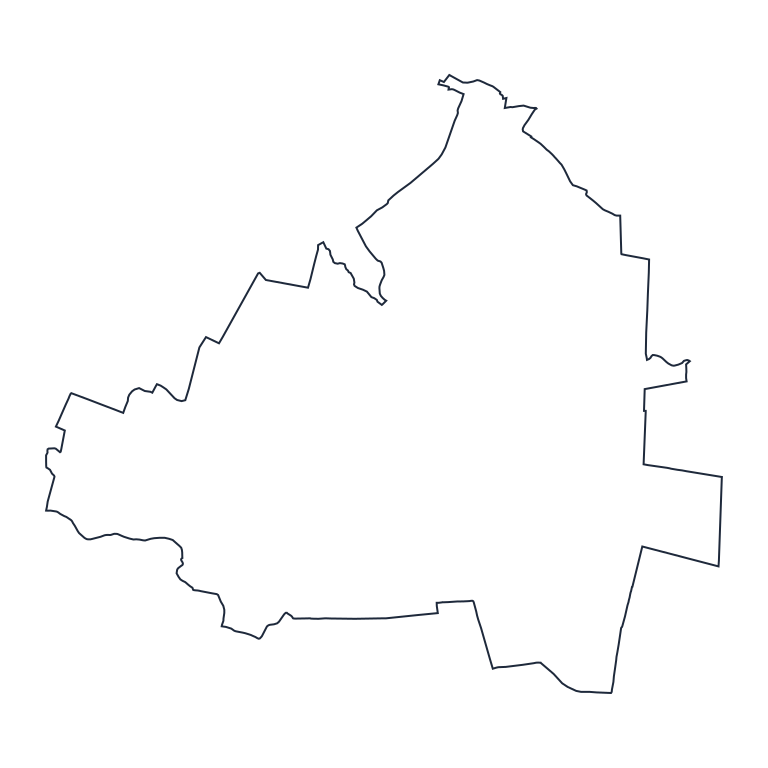 Gaesti, Dâmbovita, Romania (Equal Earth projection)
{"feature_id": "2599482B24662006663343", "entity_name": "Gaesti", "entity_type": "district", "adm_level": 2, "iso_a3": "ROU", "parent_name": "Romania", "parent_adm1": "Dâmbovita", "projection": "equal_earth", "projection_center": [25.308, 44.722], "detail": "fine", "context": "isolated", "style": "outline", "palette": "slate", "viewbox_px": 768, "rotation_deg": 0, "n_neighbors": 0, "source": "geoboundaries", "source_scale": "gbopen_adm2", "svg_char_len": 6018}
<svg xmlns="http://www.w3.org/2000/svg" viewBox="0 0 768 768"><path d="M718.5,566.4L718.9,560.6L721.8,478.0L721.9,477.0L686.3,471.2L682.1,470.4L677.5,469.8L671.0,468.7L669.6,468.3L666.9,467.8L647.9,465.1L643.6,464.3L645.7,412.2L645.7,410.9L644.0,410.9L644.7,389.1L686.6,381.4L686.1,378.1L686.1,374.6L686.4,372.0L686.3,368.2L686.1,364.4L689.8,361.2L688.8,360.5L687.1,360.0L685.4,360.4L683.9,360.9L682.1,363.0L678.4,364.6L674.6,365.6L673.4,365.7L671.6,365.3L668.3,363.5L666.4,362.0L662.7,358.5L661.3,357.4L660.0,356.7L657.2,355.7L654.3,355.1L652.8,355.0L651.5,356.1L650.5,357.8L649.1,359.0L647.0,359.9L646.7,357.9L645.8,353.7L646.2,332.6L647.3,310.4L647.9,293.5L648.8,272.7L649.1,259.5L643.1,258.3L625.8,255.1L621.5,254.2L621.3,253.6L620.2,215.6L616.6,215.6L614.7,215.1L612.4,213.7L608.4,211.8L604.8,210.3L602.8,209.2L596.1,203.1L593.0,200.5L586.6,195.5L586.1,194.5L586.2,193.6L586.7,192.7L586.8,192.0L586.6,190.5L584.9,189.7L576.7,186.3L572.9,185.2L570.1,181.3L566.3,173.4L564.3,169.4L561.5,164.6L560.0,163.1L555.7,158.2L554.7,157.2L553.8,156.1L552.1,154.3L549.0,151.4L546.7,149.7L544.1,147.1L540.7,143.9L539.2,142.8L533.5,138.9L530.9,137.3L531.3,136.5L523.1,131.4L522.7,129.4L523.0,128.0L523.8,126.5L524.4,125.3L528.4,119.8L531.7,114.3L534.7,109.8L535.3,109.3L536.5,108.6L536.0,108.0L535.2,107.9L533.6,108.0L530.4,107.7L523.6,105.6L518.9,106.1L512.5,107.2L510.5,107.0L504.8,108.0L506.4,98.0L503.1,98.8L502.7,95.8L501.5,94.7L500.4,94.3L499.9,93.5L500.3,92.1L493.4,86.8L492.4,86.2L490.0,85.3L486.9,84.0L484.1,82.6L479.3,80.5L477.1,80.1L473.3,81.5L467.6,82.7L462.9,82.5L449.3,75.0L443.9,82.0L439.8,80.2L438.4,84.3L443.5,85.4L448.0,86.6L448.8,87.0L449.0,87.6L448.6,88.7L448.5,89.6L451.6,89.2L452.8,89.3L454.2,89.8L459.7,92.6L463.6,94.1L461.5,101.1L458.2,108.3L457.6,110.4L457.9,113.0L457.2,115.2L454.7,120.7L445.4,147.5L441.7,154.4L438.5,158.8L432.9,163.9L410.5,182.9L398.0,192.0L393.5,195.6L388.3,200.4L387.8,203.0L386.8,204.1L382.3,207.4L376.9,210.3L371.2,216.2L362.3,223.7L356.4,227.6L357.7,230.6L365.9,246.3L369.6,251.4L375.8,258.8L377.7,260.6L380.5,261.5L381.6,262.7L383.3,267.9L384.1,270.9L384.4,274.9L383.6,276.9L381.7,280.3L380.1,284.5L379.5,286.5L379.4,288.1L379.8,293.6L380.8,295.8L382.6,297.9L384.7,299.8L386.2,300.7L383.0,303.9L381.8,304.9L377.5,301.7L376.8,299.9L374.3,298.2L371.4,297.1L366.9,291.6L362.9,289.7L357.9,288.0L354.6,285.9L354.0,284.4L354.4,282.5L353.8,278.7L350.6,273.0L348.7,272.2L347.9,270.5L346.3,269.2L345.3,266.9L345.1,265.5L344.7,264.3L342.6,263.5L339.9,263.1L337.7,263.7L334.8,263.1L333.3,261.8L332.8,259.5L330.4,254.7L330.2,252.7L329.9,250.9L328.5,249.2L326.3,248.6L323.3,242.2L318.1,245.1L318.0,249.6L316.3,255.7L314.1,264.3L310.8,277.8L310.4,279.4L308.0,287.7L265.9,280.0L259.7,272.8L258.1,273.4L222.7,337.0L219.0,343.3L206.0,337.1L199.4,347.4L188.8,388.9L185.6,399.2L185.3,400.2L181.6,401.1L177.1,400.0L174.5,398.2L166.3,389.4L163.4,387.4L160.6,385.6L156.9,384.2L155.5,386.7L152.3,392.7L150.5,391.8L144.8,391.0L139.1,388.1L134.6,389.5L132.1,391.3L129.3,394.7L128.1,397.6L127.8,401.0L125.3,407.0L123.2,412.9L115.8,410.0L100.0,404.0L88.3,399.5L71.4,393.2L71.3,393.4L70.6,393.8L70.2,394.8L69.9,395.2L68.8,397.8L68.8,398.0L65.7,404.7L58.7,420.7L55.9,426.6L64.8,430.5L61.3,449.0L60.7,451.7L60.0,452.2L55.8,448.7L54.5,448.3L48.6,448.6L47.6,449.3L47.4,450.8L47.5,452.7L46.1,455.3L46.1,461.3L46.2,466.1L46.4,467.5L48.0,468.4L50.0,469.8L52.0,473.6L54.1,475.6L54.5,476.7L47.7,501.5L46.9,506.9L46.1,510.6L47.6,510.7L50.5,510.6L56.3,511.5L57.2,511.8L58.4,512.5L60.2,513.9L64.3,516.1L66.3,516.9L71.2,520.2L72.1,521.3L73.0,523.1L74.8,525.8L77.8,531.2L79.1,533.1L84.5,537.9L85.7,538.6L86.7,539.1L87.8,539.3L90.6,539.3L92.3,538.9L100.5,536.8L104.5,535.3L105.4,535.1L107.2,534.9L110.1,535.0L110.9,534.9L113.9,533.9L114.6,533.8L116.8,533.9L117.5,534.0L118.7,534.5L121.6,535.8L124.0,536.8L129.3,538.5L133.4,539.5L136.3,539.3L139.6,539.6L143.0,540.3L145.1,540.5L150.7,538.8L154.2,538.2L159.5,537.8L164.7,537.8L169.1,538.8L172.7,540.0L177.0,543.8L179.2,545.7L181.2,547.7L181.9,549.9L182.2,552.4L182.3,557.4L182.4,558.0L181.5,558.6L181.2,559.1L181.1,559.7L181.3,560.4L181.8,561.2L182.6,562.5L182.9,563.7L182.7,564.6L182.2,565.2L181.5,565.6L178.5,567.9L177.8,568.6L177.4,569.3L177.1,570.0L176.6,573.3L178.6,576.9L179.4,578.0L179.8,578.6L180.4,579.4L182.5,580.8L185.2,582.1L185.7,582.5L188.1,584.6L190.2,586.3L192.4,587.7L192.6,588.2L192.9,589.1L193.1,589.8L193.8,590.1L195.1,590.3L197.7,590.5L199.5,590.8L200.6,591.1L212.0,593.3L216.7,594.1L218.1,595.0L220.8,601.6L223.3,605.8L224.3,609.8L224.3,613.0L223.5,618.5L223.4,620.8L222.0,624.8L221.7,626.3L225.9,626.9L231.3,628.6L234.2,630.7L235.2,631.1L236.3,631.4L242.6,632.6L245.2,633.2L249.1,634.4L250.9,635.0L252.6,635.8L255.4,637.0L257.4,638.2L258.7,638.7L259.3,638.6L259.9,638.4L261.5,636.7L262.0,636.0L266.8,626.7L267.2,626.2L268.3,625.4L268.9,625.1L269.9,624.8L274.0,624.3L277.2,623.3L278.2,622.4L279.0,621.7L283.8,614.8L284.6,613.8L285.8,612.8L286.9,612.8L287.4,613.4L290.1,615.1L291.3,615.9L292.1,616.8L292.9,618.1L293.2,618.4L293.9,618.5L295.2,618.6L307.3,618.4L310.1,618.3L310.9,618.6L313.3,618.7L318.5,618.8L325.4,618.3L331.0,618.5L355.0,618.8L384.6,618.3L386.2,618.3L418.2,615.0L437.8,613.1L436.8,606.0L436.7,602.8L438.7,602.8L441.9,602.4L442.4,602.2L442.8,602.3L448.2,602.1L456.9,601.5L463.4,601.4L469.3,601.1L471.2,600.8L472.5,600.8L473.3,601.3L473.8,602.5L476.2,611.4L477.1,615.6L478.2,619.5L481.1,628.2L490.0,659.3L492.8,668.7L496.5,667.6L498.3,667.2L505.8,666.9L522.8,664.8L533.7,663.2L536.1,662.7L538.0,662.6L540.7,662.7L540.9,663.1L541.1,663.2L547.9,669.0L553.7,674.0L562.2,683.3L567.6,686.9L576.2,690.9L581.2,691.9L590.0,691.9L596.4,692.4L611.0,693.0L611.6,692.1L611.8,691.2L611.9,689.8L613.4,682.0L613.6,679.7L613.9,676.2L614.9,669.4L616.2,660.1L616.5,656.8L617.3,652.6L618.7,644.4L621.1,628.2L621.4,627.5L621.9,627.1L622.3,626.2L625.0,616.4L627.5,605.3L628.5,602.1L628.9,600.0L629.6,597.5L630.3,593.7L630.5,593.0L630.6,592.3L631.0,591.5L632.0,586.9L632.4,586.8L642.3,546.5L718.5,566.4Z" fill="none" stroke="#1e293b" stroke-width="2"/></svg>